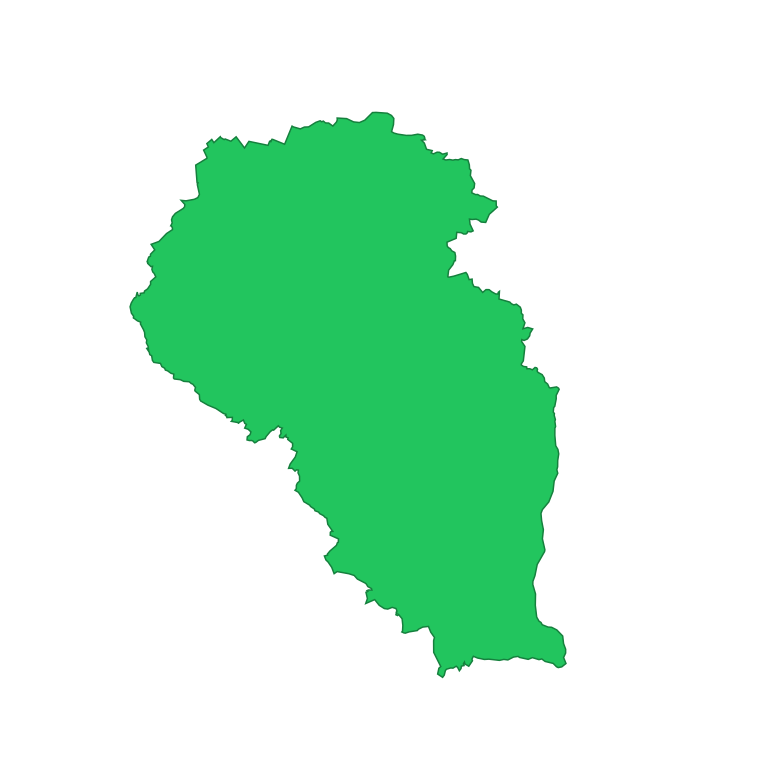 Ribita, Hunedoara, Romania (Natural Earth projection), rotated 110°
{"feature_id": "2599482B73677730773084", "entity_name": "Ribita", "entity_type": "district", "adm_level": 2, "iso_a3": "ROU", "parent_name": "Romania", "parent_adm1": "Hunedoara", "projection": "natural_earth1", "projection_center": [22.806, 46.214], "detail": "fine", "context": "isolated", "style": "filled", "palette": "green", "viewbox_px": 768, "rotation_deg": 110, "n_neighbors": 0, "source": "geoboundaries", "source_scale": "gbopen_adm2", "svg_char_len": 6171}
<svg xmlns="http://www.w3.org/2000/svg" viewBox="0 0 768 768"><g transform="rotate(110 384 384)"><path d="M596.5,326.1L589.8,319.0L593.6,312.8L594.9,306.9L594.2,303.5L591.1,299.9L590.9,295.9L593.0,294.1L594.3,294.5L595.0,293.4L596.1,294.1L596.8,293.8L596.9,292.0L595.6,291.5L598.4,286.7L604.5,283.7L609.8,282.1L610.9,282.4L611.1,280.2L610.8,278.7L608.4,275.7L604.3,268.4L602.6,267.7L599.2,264.5L596.6,259.3L601.2,255.2L604.9,249.9L608.2,249.6L619.2,245.5L630.1,234.0L632.3,235.2L638.2,234.4L639.6,228.6L636.9,227.8L632.4,228.3L630.7,227.8L628.0,224.2L627.4,222.0L624.5,219.6L625.2,217.8L627.7,215.1L625.0,214.3L622.7,214.8L621.2,212.5L619.8,213.7L617.8,213.3L619.4,212.3L620.2,207.8L613.8,206.2L612.4,207.3L609.3,206.9L609.5,202.4L608.5,195.5L606.7,191.4L604.2,181.0L601.8,177.2L600.9,173.2L596.3,168.9L594.1,164.8L594.6,163.2L593.4,154.3L590.4,151.0L590.0,144.1L588.4,141.7L589.6,137.7L588.7,129.4L590.7,125.2L590.9,123.3L589.0,120.2L584.4,117.4L579.6,121.7L574.7,121.3L571.1,122.6L566.5,126.5L559.7,129.9L556.0,137.5L555.3,143.3L556.3,146.7L556.1,153.0L554.4,154.9L553.8,157.3L550.8,160.8L540.3,166.1L529.5,169.8L521.5,175.6L518.5,176.6L512.6,176.6L501.2,178.3L486.6,175.8L484.8,176.1L475.3,182.2L466.4,184.4L458.6,189.1L452.0,192.2L447.9,192.2L438.5,188.8L427.0,188.5L417.0,190.9L408.4,190.2L405.4,192.3L402.5,192.5L396.5,194.6L389.9,195.9L386.0,198.2L383.3,201.5L373.8,205.9L367.1,208.3L365.3,208.2L360.6,210.7L358.8,210.8L355.3,213.3L353.4,213.8L352.6,215.3L348.1,216.5L346.6,215.9L339.0,217.1L335.9,218.3L329.1,217.6L328.2,218.6L327.7,220.8L330.9,226.5L330.8,227.5L328.1,230.2L326.8,233.8L323.6,235.4L321.1,238.6L320.4,243.3L319.4,244.6L317.6,244.8L316.6,246.1L316.8,247.7L319.9,249.4L319.8,252.3L320.8,254.9L319.1,255.8L319.8,258.9L319.2,261.4L318.1,261.8L314.6,261.0L300.5,264.4L297.0,269.2L295.1,269.7L295.2,267.3L292.6,264.6L288.9,263.6L286.2,264.1L281.4,263.1L281.7,268.3L284.6,272.3L278.3,272.5L275.3,275.9L271.5,277.1L270.6,279.1L267.6,280.2L265.2,282.2L263.7,286.9L265.3,289.1L265.0,291.8L264.0,293.8L264.8,305.0L257.5,307.2L258.8,308.0L260.5,307.7L261.2,309.9L260.5,314.2L259.4,317.5L260.4,320.4L264.2,322.6L260.9,328.2L261.7,332.8L259.2,335.3L255.3,337.1L256.8,339.7L252.5,343.2L251.2,345.2L258.8,355.3L261.4,359.5L261.4,360.7L254.9,362.2L248.3,360.1L244.1,360.0L243.7,359.1L239.3,360.5L236.2,362.4L235.7,365.8L234.1,368.2L233.8,370.3L232.6,371.9L229.2,373.3L222.4,366.0L216.6,367.5L215.4,363.1L215.8,360.4L215.0,358.3L213.4,357.4L212.1,357.6L211.3,354.3L209.6,352.6L204.4,357.8L199.8,360.1L199.3,357.5L197.6,353.9L197.6,351.3L198.6,348.1L197.4,343.7L188.5,343.1L179.0,338.0L178.3,339.4L173.7,341.2L174.7,344.4L173.5,354.8L174.4,357.9L173.9,360.8L174.7,362.8L174.3,366.9L171.6,367.6L168.9,366.4L164.6,367.4L158.7,374.1L153.4,375.4L152.5,377.2L148.8,378.8L144.8,381.8L145.7,385.4L145.7,388.5L148.0,390.9L148.7,393.6L150.1,395.9L150.6,399.1L152.4,402.6L152.4,405.4L146.8,403.2L145.4,403.8L148.0,407.5L147.3,411.1L148.0,413.4L150.8,416.2L150.7,418.7L148.2,418.5L148.9,424.3L143.8,428.5L142.1,432.2L140.4,428.9L140.0,430.0L139.2,429.6L137.5,430.9L136.9,432.9L137.7,437.7L141.0,443.3L142.8,448.2L144.5,456.5L144.8,460.6L144.3,463.2L137.0,463.8L131.1,465.6L129.1,468.8L128.4,473.5L131.5,484.4L132.9,487.7L142.7,492.3L146.7,496.5L148.1,502.2L147.4,509.9L150.1,519.0L152.0,518.2L154.2,518.3L159.1,520.3L157.7,525.2L158.7,528.3L157.7,530.9L158.9,532.3L158.5,534.0L161.5,537.6L168.2,542.8L169.8,546.7L172.9,549.9L173.4,557.0L173.1,558.6L192.7,559.4L192.2,572.3L192.4,573.0L195.7,573.3L194.2,573.7L195.1,574.5L199.4,574.6L202.2,593.9L209.9,595.8L202.3,607.5L208.2,610.9L208.1,617.1L209.0,617.8L208.3,621.7L207.6,622.4L215.4,626.4L213.1,629.5L218.7,632.7L221.3,630.1L225.9,633.5L231.4,628.0L232.5,627.6L242.7,635.8L258.4,628.7L259.0,628.3L258.7,627.6L260.5,627.6L268.9,622.3L272.5,622.7L275.3,625.4L279.6,632.7L280.8,637.4L283.4,632.6L285.7,632.0L287.7,632.7L295.0,638.4L299.2,639.9L302.4,639.8L305.1,638.1L308.3,638.5L308.2,637.8L309.7,636.2L311.3,635.6L317.0,639.8L327.0,644.2L332.4,650.6L336.4,645.3L341.9,647.8L343.8,647.2L345.2,648.5L350.2,648.4L350.4,647.5L351.5,647.3L353.4,643.1L352.6,641.8L355.7,641.3L357.8,639.6L358.7,637.8L361.4,635.1L367.5,638.4L370.2,637.4L375.5,638.7L378.5,640.8L380.4,640.6L382.2,644.0L383.7,643.4L385.0,644.4L384.4,645.8L382.0,647.3L387.6,646.8L388.3,647.9L390.4,648.5L394.5,649.2L398.3,649.0L403.8,645.6L405.9,642.5L407.6,642.1L409.0,637.2L409.1,633.8L410.9,633.4L415.0,628.8L417.3,626.7L421.4,624.8L423.7,622.0L426.6,621.4L429.4,618.4L432.2,617.1L431.2,618.5L431.7,619.1L434.4,615.5L436.5,614.1L436.9,612.0L441.0,609.7L442.4,607.7L441.1,601.1L443.6,598.7L444.2,595.5L445.7,594.2L445.6,592.0L446.8,587.8L446.6,584.9L450.3,583.9L451.0,582.8L449.6,576.9L450.0,573.1L448.5,567.7L449.5,565.3L449.5,563.7L451.7,560.0L454.5,559.7L455.3,559.0L457.1,553.9L461.4,552.0L462.7,550.4L464.1,542.2L464.5,533.6L466.6,524.8L466.5,522.1L467.4,522.2L467.5,522.9L468.2,520.8L469.3,520.1L467.2,515.1L470.1,514.2L471.3,514.7L470.1,507.6L471.1,507.4L469.5,506.9L465.9,503.8L468.6,501.4L469.0,499.5L473.1,499.8L473.0,496.2L474.5,492.7L477.4,492.5L480.3,494.4L483.4,493.6L483.2,491.2L482.4,489.2L482.3,487.9L483.5,485.5L482.9,484.6L479.9,482.7L476.0,477.0L473.7,476.8L467.7,474.6L465.1,472.9L465.1,471.9L459.4,469.0L460.3,467.4L460.2,464.5L463.1,465.2L465.8,463.8L468.6,464.5L469.9,463.6L469.1,460.3L465.6,458.7L467.4,457.9L467.4,455.7L469.0,455.5L471.0,449.6L474.3,448.4L476.8,448.9L477.4,442.5L483.0,442.4L491.3,444.8L495.9,444.8L494.6,441.4L496.3,437.8L494.6,436.9L494.2,435.0L496.9,434.4L499.4,431.9L504.1,430.1L506.8,431.5L509.1,431.7L512.4,430.6L514.3,431.3L515.0,427.4L519.0,422.0L522.0,419.1L523.3,412.2L524.2,411.2L525.3,406.7L526.7,405.5L526.7,401.7L527.8,400.1L528.4,395.9L529.5,393.7L529.7,391.8L535.1,388.8L540.0,381.8L540.5,383.1L541.7,383.7L544.5,382.8L545.1,373.8L548.4,372.8L549.0,373.5L551.9,373.5L559.4,377.7L563.2,379.0L564.1,378.5L566.0,381.2L569.2,378.4L570.4,375.7L574.2,370.4L579.3,366.0L576.3,363.9L574.3,352.1L574.1,346.5L576.4,342.3L577.5,333.6L578.0,332.2L579.9,329.9L580.5,325.8L581.8,324.9L582.9,328.2L584.0,329.3L584.5,328.3L585.9,329.7L591.3,326.2L596.5,326.1Z" fill="#22c55e" stroke="#15803d" stroke-width="1.5"/></g></svg>